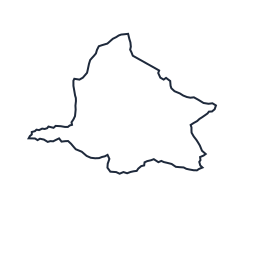 the district of Almirante Tamandaré, Paraná, Brazil, rotated 317°
{"feature_id": "56859067B17668473483044", "entity_name": "Almirante Tamandaré", "entity_type": "district", "adm_level": 2, "iso_a3": "BRA", "parent_name": "Brazil", "parent_adm1": "Paraná", "projection": "equal_earth", "projection_center": [-49.335, -25.305], "detail": "fine", "context": "isolated", "style": "outline", "palette": "slate", "viewbox_px": 256, "rotation_deg": 317, "n_neighbors": 0, "source": "geoboundaries", "source_scale": "gbopen_adm2", "svg_char_len": 1914}
<svg xmlns="http://www.w3.org/2000/svg" viewBox="0 0 256 256"><g transform="rotate(317 128 128)"><path d="M192.3,59.2L189.2,56.9L186.7,55.0L184.3,54.0L181.4,53.5L177.7,52.4L170.5,52.2L165.5,49.7L162.4,48.3L158.6,49.7L155.4,51.6L152.2,52.0L149.4,52.2L146.7,52.5L143.2,54.5L138.5,57.8L135.7,59.7L129.3,60.4L125.5,59.5L122.3,55.4L120.3,56.2L116.8,60.0L113.8,64.6L111.5,68.1L110.3,70.5L108.3,72.8L104.8,75.8L102.3,78.8L99.6,81.2L97.3,83.2L94.0,84.5L90.6,85.3L89.2,87.5L87.1,86.4L84.7,86.2L82.6,84.2L80.1,80.9L76.5,77.1L73.7,77.1L70.8,72.7L68.7,73.0L66.4,71.9L64.8,69.9L61.5,68.9L59.9,66.8L57.7,66.8L54.9,65.3L53.2,67.1L50.7,67.0L48.3,67.8L52.8,72.2L53.6,75.2L56.3,75.8L58.6,79.1L59.8,83.4L62.2,84.6L64.2,86.7L66.7,87.4L70.5,88.6L70.1,92.6L73.2,94.9L75.3,96.7L75.6,100.7L75.4,104.5L75.3,107.9L78.0,113.8L78.7,120.2L80.5,124.4L83.3,127.7L86.3,130.3L89.3,131.5L91.7,132.9L94.7,133.7L93.3,137.9L90.9,139.2L88.8,140.3L85.9,143.0L85.3,147.9L89.3,152.2L90.7,155.7L94.6,157.1L96.5,160.5L99.9,161.9L102.6,163.5L105.1,165.3L107.8,164.7L111.7,164.9L114.3,166.4L116.7,164.4L119.4,165.3L122.9,167.3L125.6,168.4L126.9,173.7L129.9,174.8L131.0,177.4L133.1,180.5L135.4,184.1L136.5,189.0L139.0,191.8L141.8,194.8L142.8,197.6L144.6,200.2L147.3,203.8L149.6,206.0L152.1,206.4L155.5,207.7L155.3,204.7L157.0,201.4L159.1,200.9L160.9,198.4L164.5,199.7L167.1,200.0L166.6,195.1L168.6,189.8L169.4,186.1L169.9,183.3L170.3,179.0L171.3,174.8L172.9,172.9L174.8,170.9L175.9,168.5L179.3,169.1L183.3,170.1L186.4,170.1L189.7,170.7L193.1,171.2L196.1,171.6L198.3,171.2L200.7,173.2L204.1,173.4L207.7,171.5L206.6,167.5L203.4,165.2L200.3,161.2L198.7,155.4L197.1,150.5L194.3,148.4L192.2,145.5L190.5,141.9L189.5,138.1L187.1,132.8L186.8,128.6L187.9,126.2L190.9,122.4L190.0,117.3L187.1,116.9L186.0,113.2L187.6,108.4L190.0,107.2L180.8,78.4L182.1,75.1L183.0,72.2L185.5,70.5L188.1,67.1L189.7,63.8L192.3,59.2Z" fill="none" stroke="#1e293b" stroke-width="2"/></g></svg>